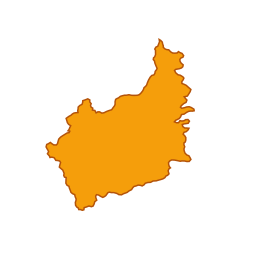 Jacareí, São Paulo, Brazil (orthographic projection), rotated 291°
{"feature_id": "56859067B48226661076611", "entity_name": "Jacareí", "entity_type": "district", "adm_level": 2, "iso_a3": "BRA", "parent_name": "Brazil", "parent_adm1": "São Paulo", "projection": "orthographic", "projection_center": [-45.971, -23.296], "detail": "fine", "context": "isolated", "style": "filled", "palette": "amber", "viewbox_px": 256, "rotation_deg": 291, "n_neighbors": 0, "source": "geoboundaries", "source_scale": "gbopen_adm2", "svg_char_len": 3706}
<svg xmlns="http://www.w3.org/2000/svg" viewBox="0 0 256 256"><g transform="rotate(291 128 128)"><path d="M121.2,198.0L122.6,196.5L123.9,194.8L123.9,192.6L125.0,190.2L126.9,188.6L128.6,187.7L130.8,187.7L132.4,186.2L134.2,185.6L135.5,186.5L137.4,186.3L139.8,185.4L141.1,183.7L142.0,181.7L144.0,181.8L145.5,183.7L147.8,184.8L149.6,185.0L148.9,182.5L148.3,180.9L149.0,178.6L150.7,177.4L151.9,178.8L152.8,180.5L154.0,182.5L156.4,182.9L157.4,181.0L156.5,178.9L154.8,177.6L153.8,175.8L153.5,173.9L151.1,173.3L150.3,171.6L150.4,169.1L152.4,169.8L153.8,171.2L155.2,172.4L157.2,173.1L159.7,173.1L161.1,175.4L163.7,177.2L165.4,178.8L166.3,180.5L166.9,182.2L167.8,183.6L169.2,182.8L169.8,179.8L169.8,177.5L168.7,175.3L167.1,173.3L165.7,171.1L166.2,169.5L168.0,169.8L170.8,171.3L172.7,173.0L175.2,173.0L176.2,171.0L177.3,169.3L179.1,172.0L181.5,172.5L184.1,173.0L186.5,172.9L187.9,169.1L188.7,167.1L188.9,164.7L188.9,162.4L190.6,161.6L192.6,162.2L194.6,162.3L195.4,161.0L196.0,157.9L195.6,155.6L196.7,152.7L198.4,150.8L199.9,151.6L201.7,154.6L203.2,156.4L204.8,157.2L206.7,156.9L207.6,154.4L208.9,152.7L210.6,151.8L212.4,152.4L213.7,153.9L215.5,154.0L217.0,151.7L217.0,149.6L217.4,147.7L215.7,147.0L214.6,144.8L214.0,142.7L214.4,140.5L215.6,138.0L215.1,136.2L215.0,134.5L215.9,132.1L217.4,131.5L218.9,130.2L220.5,129.2L221.5,127.1L221.8,125.4L219.9,126.5L217.3,126.5L215.0,126.5L213.4,125.0L211.3,124.7L210.3,125.9L208.6,126.5L206.5,127.4L204.0,127.4L202.6,126.7L200.9,127.1L200.2,128.6L198.2,129.9L195.9,132.0L194.1,133.8L192.5,133.7L190.7,133.1L188.6,133.5L186.8,133.1L185.6,131.4L183.4,130.5L180.2,130.0L177.0,129.9L174.8,130.0L173.2,129.5L171.4,128.5L169.7,128.6L167.8,128.4L165.0,127.5L163.1,126.5L161.9,125.0L161.0,122.9L160.2,120.8L159.7,119.2L159.4,117.0L158.0,114.7L157.3,112.9L156.2,111.3L154.8,109.5L152.8,108.4L151.6,107.2L150.3,106.2L148.0,106.5L145.4,107.5L143.6,107.4L141.7,106.8L139.2,106.2L137.3,103.8L135.8,102.1L133.6,100.1L132.5,98.2L132.9,95.8L132.3,94.1L130.7,92.8L132.5,90.8L132.0,88.4L133.9,88.0L134.3,86.0L135.7,84.9L137.5,84.9L138.7,82.9L140.5,82.3L140.8,80.0L138.6,77.6L137.3,76.0L135.7,76.5L133.6,76.6L131.7,74.9L129.7,74.0L127.8,74.6L126.3,74.8L124.5,75.8L123.7,74.1L122.6,72.2L121.1,71.0L119.6,70.3L117.6,68.6L114.8,66.8L113.0,68.2L111.3,69.5L110.1,71.3L109.6,73.7L107.5,73.5L105.6,73.5L103.9,73.0L104.1,74.8L102.6,74.7L101.5,72.9L99.4,71.3L97.3,69.7L95.3,68.3L92.8,67.3L89.7,67.6L88.2,67.8L86.5,67.2L85.6,64.7L86.1,62.5L86.7,60.7L84.8,59.3L83.5,58.0L81.0,58.3L79.6,59.9L78.6,61.2L77.4,62.4L75.1,62.0L73.7,64.7L72.5,65.7L73.5,67.3L73.8,69.7L72.9,70.9L71.9,72.2L72.4,73.9L72.7,76.0L71.7,77.4L69.4,77.6L66.9,77.9L66.2,79.6L65.3,82.2L62.7,84.6L60.7,85.0L59.4,86.3L59.6,88.0L58.0,88.5L56.2,89.1L54.2,89.8L52.7,91.6L52.4,93.8L51.0,94.7L49.5,96.1L47.5,97.8L46.8,99.8L46.7,102.1L44.8,103.4L43.2,105.0L41.7,105.4L39.6,105.5L37.0,106.8L35.8,108.6L35.5,110.2L34.2,111.3L34.8,112.8L34.8,114.8L35.8,116.1L38.0,115.6L39.2,117.3L41.2,119.5L41.4,122.0L42.6,123.4L44.9,123.6L47.3,123.4L49.4,124.7L51.3,123.0L52.9,122.2L54.5,122.5L54.9,124.6L54.4,126.7L54.2,129.3L55.4,130.5L56.9,131.5L58.7,132.0L60.4,132.4L61.5,133.7L61.7,135.5L62.6,137.9L62.8,139.6L62.9,141.5L62.5,143.3L63.3,145.9L65.1,147.4L66.5,149.1L67.6,150.3L69.6,151.5L71.7,153.4L74.1,153.9L75.6,154.6L76.8,156.3L78.3,157.9L78.9,159.9L79.0,162.0L80.8,163.4L82.6,163.9L84.2,166.0L85.4,168.6L87.5,170.4L88.8,173.3L90.2,175.1L91.6,177.0L93.0,178.8L94.8,180.2L96.9,180.7L98.0,181.9L99.9,182.7L102.4,180.8L104.7,180.9L106.0,181.9L106.9,180.3L108.4,179.1L110.3,178.2L112.4,178.9L113.8,180.2L114.7,182.8L115.3,186.1L115.7,188.7L116.6,190.2L117.5,192.8L117.8,195.0L118.7,197.1L121.2,198.0Z" fill="#f59e0b" stroke="#b45309" stroke-width="1.5"/></g></svg>